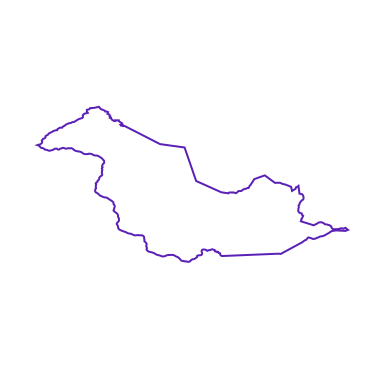 outline of Mul/Baiyer District, Western Highlands, Papua New Guinea, rotated 279°
{"feature_id": "67681753B50383451708393", "entity_name": "Mul/Baiyer District", "entity_type": "district", "adm_level": 2, "iso_a3": "PNG", "parent_name": "Papua New Guinea", "parent_adm1": "Western Highlands", "projection": "equal_earth", "projection_center": [144.148, -5.548], "detail": "fine", "context": "isolated", "style": "outline", "palette": "violet", "viewbox_px": 384, "rotation_deg": 279, "n_neighbors": 0, "source": "geoboundaries", "source_scale": "gbopen_adm2", "svg_char_len": 5908}
<svg xmlns="http://www.w3.org/2000/svg" viewBox="0 0 384 384"><g transform="rotate(279 192 192)"><path d="M234.8,177.7L234.3,153.0L246.7,115.0L246.3,113.8L246.5,111.5L247.1,110.9L247.4,112.4L247.9,112.0L248.2,112.7L249.1,111.9L249.8,110.1L250.6,108.5L251.3,108.5L250.8,105.0L250.3,105.3L249.9,104.3L250.5,102.2L251.6,100.9L252.7,100.4L252.5,99.2L254.1,99.4L254.3,98.5L255.6,98.3L256.0,96.2L257.8,96.6L258.2,94.9L257.9,93.7L258.8,92.9L259.7,88.8L261.6,86.7L260.2,83.3L259.3,80.3L258.9,78.2L257.7,77.7L256.7,75.3L255.1,75.5L253.9,76.7L252.4,73.3L250.8,72.1L248.7,72.6L247.8,71.8L246.4,68.9L244.8,66.9L242.7,64.5L242.2,62.7L241.3,61.7L240.7,59.8L238.9,57.0L237.7,56.0L236.3,54.2L235.2,53.7L234.9,51.6L233.2,49.4L232.0,49.2L231.5,47.4L230.6,45.6L229.9,44.9L227.3,41.3L227.1,41.3L226.4,41.0L225.9,40.6L224.5,38.8L224.2,38.6L223.3,38.6L222.8,38.7L222.3,38.4L221.7,37.5L221.3,36.9L220.9,36.4L220.3,36.1L219.7,35.7L219.2,35.6L218.2,36.2L217.6,36.2L216.7,35.9L215.7,35.0L215.1,34.3L214.8,33.5L214.8,33.3L214.6,33.1L214.6,32.9L214.1,32.0L214.0,32.6L214.0,33.1L213.9,33.6L213.4,34.3L212.9,34.8L212.3,35.5L211.9,36.6L212.0,37.5L211.9,38.3L211.7,38.7L211.3,39.4L211.0,39.9L210.9,40.6L210.9,42.1L210.5,43.5L210.4,44.0L210.4,44.7L211.7,47.8L212.1,48.3L213.1,49.6L213.4,50.1L213.5,50.8L213.6,51.9L213.4,52.3L213.1,52.7L213.0,53.2L213.0,53.7L213.4,54.4L213.7,54.6L214.2,55.1L214.5,56.1L215.2,57.0L215.4,57.6L215.4,58.6L215.1,59.9L215.1,61.0L215.8,62.5L215.9,63.4L215.9,64.3L216.4,65.5L216.4,66.1L216.2,66.8L215.9,67.6L215.1,68.8L214.6,69.9L214.3,72.1L214.3,74.9L214.0,76.6L213.7,77.3L213.1,78.2L212.8,79.4L212.7,80.2L212.8,81.4L213.0,82.6L213.4,83.3L213.4,83.6L213.6,83.8L213.8,84.9L213.9,85.9L213.6,87.8L213.5,88.0L213.0,89.2L212.9,89.5L212.9,90.8L213.1,91.6L213.1,92.6L213.0,93.1L212.7,94.4L211.6,96.9L211.3,97.5L210.3,98.8L209.8,99.3L209.2,100.1L208.7,100.5L206.9,100.6L205.3,99.4L203.8,99.2L203.1,99.2L202.6,99.8L202.2,99.8L201.3,99.3L200.9,99.3L199.9,100.0L199.5,100.0L199.1,99.8L198.3,99.8L197.1,100.0L197.0,99.9L196.2,100.1L195.6,100.5L194.8,100.6L194.3,100.4L193.8,99.8L192.1,98.4L191.6,98.2L190.2,98.2L189.7,98.1L189.1,97.8L188.7,97.3L188.0,96.9L187.5,97.0L187.1,96.9L186.8,96.6L186.2,95.9L185.6,95.6L185.2,95.6L184.8,96.0L184.4,96.2L183.4,96.0L182.7,96.0L182.3,96.1L181.4,96.5L180.6,96.6L180.4,96.3L179.7,96.1L177.9,96.1L177.2,96.4L176.5,97.2L176.5,97.5L176.1,98.6L175.5,99.5L175.1,100.2L174.6,101.1L173.9,102.1L173.8,102.5L173.8,103.2L173.5,103.8L173.1,105.6L173.0,107.1L173.0,107.7L173.1,107.8L173.1,108.5L172.8,109.5L172.3,110.3L171.0,113.3L171.0,113.5L170.4,114.5L170.3,114.8L169.9,115.5L169.2,116.1L168.1,116.3L167.8,116.4L166.7,117.6L166.0,117.9L165.1,118.0L163.8,117.7L163.0,117.7L161.9,117.4L161.5,117.4L161.0,117.8L160.6,118.4L159.7,120.2L158.6,121.9L157.4,122.5L157.0,122.7L156.4,122.7L155.8,122.9L154.9,123.7L154.0,124.0L153.0,124.3L151.7,124.2L149.8,122.9L148.9,122.6L148.5,122.7L146.9,124.1L146.2,124.4L145.4,124.5L144.9,124.7L144.6,125.1L144.4,125.1L144.2,125.3L143.5,126.2L142.9,128.0L142.6,129.8L142.5,130.1L142.0,133.0L141.3,134.8L141.2,135.5L141.1,137.2L141.2,137.3L141.2,138.3L141.0,139.0L140.6,140.1L140.3,141.6L140.3,143.2L140.8,144.3L141.0,145.5L141.0,146.8L141.1,147.9L141.3,148.4L141.3,149.0L141.4,149.6L141.0,150.7L140.4,151.4L140.1,151.7L139.6,151.9L138.7,151.9L137.6,152.5L137.2,152.6L136.0,152.6L135.7,153.0L134.8,154.4L133.9,155.1L133.4,155.4L132.7,155.4L132.1,155.2L131.3,155.2L131.1,155.3L130.5,155.9L129.5,156.3L129.0,156.3L128.5,156.1L127.9,156.1L127.7,156.3L126.9,157.4L126.7,157.9L126.4,158.3L126.1,161.8L125.8,163.7L125.5,164.5L124.7,166.5L124.4,168.1L124.3,169.9L123.8,172.2L123.8,173.4L124.0,174.4L124.5,175.4L125.2,176.5L125.7,177.3L126.0,178.3L126.8,182.1L126.8,183.2L126.8,183.9L126.5,184.8L125.8,186.4L125.5,188.1L125.1,188.7L124.0,190.5L123.5,190.9L122.8,191.9L122.4,192.8L122.4,194.4L122.5,194.5L122.5,195.2L122.4,195.3L122.4,196.6L122.5,196.7L122.5,198.1L122.4,198.6L122.4,199.2L122.9,200.5L123.1,200.6L123.2,200.8L123.4,201.1L124.3,201.5L124.9,202.1L125.6,203.0L125.8,203.8L126.5,205.1L126.9,205.7L127.3,205.9L127.9,206.6L128.4,207.1L128.8,207.2L129.5,207.0L130.3,207.8L130.7,209.4L130.7,209.8L131.2,210.9L131.4,211.2L131.9,211.5L132.7,211.7L133.0,211.7L134.0,211.1L135.0,210.7L136.1,210.8L136.8,211.6L137.0,212.3L137.1,212.8L137.1,214.5L136.9,215.1L136.6,215.4L136.4,215.9L136.3,216.4L136.7,216.9L136.8,216.9L137.0,217.3L137.1,217.7L137.2,217.9L137.2,218.3L137.4,218.9L137.7,219.2L138.6,220.9L138.3,222.5L138.2,222.9L138.3,223.3L138.0,223.5L137.9,223.8L137.7,223.9L137.1,223.9L136.9,224.1L137.0,225.5L136.7,225.7L136.5,226.1L137.0,226.8L137.0,227.0L136.9,227.3L136.2,227.7L135.9,228.0L135.8,228.4L135.9,229.1L135.6,229.4L134.4,229.8L133.9,230.3L133.6,231.0L133.5,231.9L144.6,287.1L144.7,289.3L159.5,308.6L161.9,311.0L162.6,312.2L165.3,313.9L165.2,315.7L164.9,317.4L164.5,319.0L165.3,321.3L166.2,322.4L167.0,324.1L167.9,325.2L168.6,327.0L169.0,328.5L172.8,333.4L175.3,336.1L176.6,340.4L177.6,349.7L179.0,352.0L180.6,349.1L179.6,347.5L179.5,344.8L178.2,342.3L177.8,339.8L177.2,337.4L178.2,335.8L180.0,334.6L180.7,333.0L181.0,330.3L181.0,328.1L181.7,327.2L182.4,324.7L182.0,322.7L181.3,321.4L180.2,320.3L178.1,317.2L178.3,316.4L180.1,304.1L181.9,304.5L182.3,304.2L183.6,304.9L185.9,305.5L186.8,304.1L188.0,303.7L188.1,302.5L188.5,301.0L190.0,299.8L192.5,299.7L193.7,299.9L195.5,299.4L196.1,300.0L197.6,300.1L198.8,300.5L200.8,301.7L202.0,303.0L203.5,303.2L205.8,302.4L207.0,301.2L207.2,298.4L214.7,296.2L213.5,295.1L212.8,293.9L211.3,293.8L208.7,290.6L212.6,289.1L214.0,283.0L214.1,280.5L214.9,277.3L214.0,272.5L219.8,261.3L214.5,251.5L208.3,248.8L207.4,248.1L204.8,247.2L204.6,246.1L203.6,244.8L203.3,243.3L202.7,242.7L202.2,241.8L200.8,240.7L200.4,239.3L200.2,237.7L198.7,236.7L197.7,235.5L198.0,234.1L197.8,233.7L198.1,232.7L197.7,231.8L197.7,230.4L197.1,228.5L196.4,228.2L196.3,221.0L203.5,194.4L234.8,177.7Z" fill="none" stroke="#5b21b6" stroke-width="2"/></g></svg>